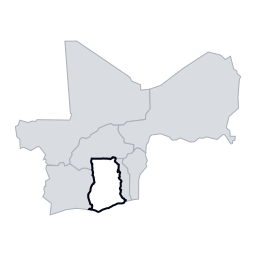 Ghana highlighted among its neighbors
{"feature_id": "GHA", "entity_name": "Ghana", "entity_type": "country or territory", "adm_level": 0, "iso_a3": "GHA", "parent_name": "Africa", "parent_adm1": "", "projection": "orthographic", "projection_center": [-1.079, 7.965], "detail": "fine", "context": "with_neighbors", "style": "outline", "palette": "ink", "viewbox_px": 256, "rotation_deg": 0, "n_neighbors": 6, "source": "natural_earth", "source_scale": "50m", "svg_char_len": 5330}
<svg xmlns="http://www.w3.org/2000/svg" viewBox="0 0 256 256"><path d="M20.3,148.4L19.8,139.3L16.9,136.8L15.4,126.6L18.2,125.1L19.8,120.2L27.9,122.5L32.6,121.0L35.7,121.6L37.0,119.7L69.8,120.1L71.8,114.2L70.4,113.2L64.9,41.2L76.8,41.1L129.8,77.2L131.7,81.1L140.5,84.8L140.7,90.1L149.7,89.2L150.2,108.6L145.9,114.3L145.3,119.5L126.9,121.8L123.8,124.8L113.3,125.2L111.2,123.6L106.6,124.8L98.9,128.3L97.3,131.0L90.9,134.7L89.7,136.9L86.2,138.6L82.2,137.5L79.9,139.5L78.6,145.4L71.9,152.4L72.1,155.3L69.7,158.8L70.2,163.8L64.8,166.1L63.5,162.4L59.6,163.2L58.1,165.6L48.2,164.9L45.7,162.4L46.2,159.9L45.2,158.9L43.4,159.7L45.6,154.7L39.5,146.8L37.9,146.6L30.8,150.6L23.8,147.3L20.3,148.4Z" fill="#d9dde1" stroke="#a8b0b8" stroke-width="1"/><path d="M138.6,199.0L131.6,200.0L129.4,194.2L129.7,174.5L128.0,172.8L127.6,168.6L122.1,163.1L123.1,158.6L126.0,157.6L127.7,153.9L131.8,153.1L136.3,148.0L139.3,147.9L145.8,152.8L145.5,155.6L147.4,160.6L145.8,164.1L146.8,166.4L140.2,174.4L138.7,179.8L138.6,199.0Z" fill="#d9dde1" stroke="#a8b0b8" stroke-width="1"/><path d="M230.4,56.2L233.7,69.0L236.8,71.1L237.2,73.7L240.6,76.4L239.3,80.1L238.0,97.2L238.5,108.2L229.0,116.5L226.3,127.8L229.8,130.8L230.2,136.3L235.3,136.3L234.8,140.3L232.5,140.9L232.4,143.6L230.9,143.9L224.9,134.8L223.0,134.5L217.0,139.5L206.2,136.8L203.9,138.1L199.1,138.0L194.4,141.7L190.2,142.0L180.1,137.9L176.3,140.0L172.1,140.0L168.9,136.8L160.6,133.8L151.7,134.9L149.6,136.8L148.5,141.7L146.2,145.2L145.8,152.8L139.3,147.9L136.3,148.0L133.6,150.5L133.7,144.7L124.1,142.8L123.8,138.7L119.1,133.1L117.9,129.3L118.5,125.2L123.8,124.8L126.9,121.8L145.3,119.5L145.9,114.3L150.2,108.6L149.7,89.2L160.8,85.3L182.9,68.5L208.2,52.0L220.6,55.1L225.4,59.5L230.4,56.2Z" fill="#d9dde1" stroke="#a8b0b8" stroke-width="1"/><path d="M123.1,158.6L122.1,163.1L127.6,168.6L128.0,172.8L129.7,174.5L129.4,194.2L131.6,200.0L124.7,201.9L120.5,193.5L119.8,189.3L121.7,181.6L119.6,178.4L118.7,165.5L115.2,161.1L115.8,158.5L123.1,158.6Z" fill="#d9dde1" stroke="#a8b0b8" stroke-width="1"/><path d="M46.5,165.5L58.1,165.6L59.6,163.2L63.5,162.4L64.8,166.1L70.2,163.8L79.2,170.4L82.1,168.3L86.1,168.0L91.8,170.2L94.0,182.4L90.4,189.5L88.1,199.2L91.8,206.5L91.4,209.9L76.2,208.3L66.1,209.7L50.1,214.9L51.4,203.4L42.8,196.8L44.7,193.0L43.9,188.9L44.4,186.4L45.7,186.4L45.6,181.0L49.6,178.9L45.8,168.4L46.5,165.5Z" fill="#d9dde1" stroke="#a8b0b8" stroke-width="1"/><path d="M70.2,163.8L69.7,158.8L72.1,155.3L71.9,152.4L78.6,145.4L79.9,139.5L82.2,137.5L86.2,138.6L89.7,136.9L90.9,134.7L97.3,131.0L98.9,128.3L106.6,124.8L111.2,123.6L113.3,125.2L118.5,125.2L117.9,129.3L119.1,133.1L123.8,138.7L124.1,142.8L133.7,144.7L133.6,150.5L131.8,153.1L127.7,153.9L126.0,157.6L123.1,158.6L111.9,157.8L109.2,159.2L90.9,158.9L91.8,170.2L86.1,168.0L82.1,168.3L79.2,170.4L70.2,163.8Z" fill="#d9dde1" stroke="#a8b0b8" stroke-width="1"/><path d="M115.0,157.6L115.6,158.1L115.7,158.4L115.5,159.5L115.1,160.3L114.8,161.0L114.9,161.4L115.1,161.8L115.9,162.3L116.4,162.7L116.9,163.3L117.4,163.8L118.4,164.5L118.8,164.7L118.8,164.8L118.7,165.1L118.6,167.8L118.5,168.5L118.4,168.8L118.4,169.8L118.3,170.0L118.1,169.9L117.9,170.0L117.9,170.4L118.5,170.5L118.4,170.7L118.0,170.8L117.8,171.1L117.8,171.5L117.6,171.7L117.7,171.9L117.8,172.1L118.1,172.0L118.8,171.5L119.1,171.5L119.4,171.6L120.1,172.3L120.1,172.6L119.8,173.8L119.6,174.7L119.5,175.9L119.8,176.6L119.8,177.0L119.5,177.3L118.8,177.7L118.9,178.1L119.2,178.7L119.7,179.3L120.9,180.1L121.5,181.2L121.5,181.6L121.1,182.1L120.7,182.4L120.6,183.0L120.8,186.6L119.9,188.1L119.9,188.5L120.0,189.1L120.2,189.4L120.7,189.5L121.1,189.8L120.9,190.8L120.7,192.0L120.7,192.5L120.3,193.0L120.1,193.3L120.2,193.7L120.2,194.1L120.3,194.5L120.8,195.0L121.4,196.3L121.7,196.4L121.8,196.6L121.7,196.9L122.0,197.5L122.7,198.0L123.5,198.5L124.1,198.6L124.2,199.0L124.6,199.6L124.9,199.8L125.4,200.0L125.8,200.1L125.8,200.5L125.1,200.9L124.6,201.4L124.3,202.1L123.8,202.9L122.1,203.4L121.4,203.4L117.9,203.4L114.6,205.0L112.8,205.6L111.6,206.5L110.0,207.2L108.9,208.0L106.7,208.3L102.9,209.6L101.8,210.1L100.6,210.9L98.7,211.9L97.9,211.9L96.4,211.0L95.3,210.5L92.5,209.7L90.5,209.5L89.5,209.1L89.2,209.1L89.4,208.8L90.0,208.7L90.6,208.8L91.1,208.6L91.8,208.6L91.9,208.3L92.0,207.6L92.0,207.1L92.2,206.8L92.3,206.2L92.0,204.7L91.7,204.6L90.5,204.4L90.4,204.1L90.2,203.8L90.0,203.0L89.7,201.9L89.3,200.6L88.5,198.3L88.3,197.5L88.2,196.7L88.2,195.8L88.3,195.4L88.3,194.9L88.2,194.4L88.8,193.3L89.9,191.9L90.2,191.4L90.4,191.0L90.4,190.5L90.6,188.9L91.1,186.9L91.5,186.2L91.7,185.8L92.0,185.1L92.1,184.8L93.1,184.0L93.6,183.8L93.7,183.5L93.5,183.2L93.8,182.9L94.2,182.8L94.5,182.5L94.0,180.0L93.7,177.6L93.7,177.4L93.5,177.1L93.3,176.1L92.9,175.5L92.5,175.3L92.5,174.7L93.0,173.8L93.1,173.3L92.9,173.1L92.8,172.7L93.0,172.0L92.9,171.6L92.8,171.1L92.3,170.1L92.2,169.3L92.5,168.9L92.5,167.9L92.2,166.4L92.2,165.5L92.3,165.1L92.3,164.7L91.9,164.4L91.9,164.0L92.2,163.7L92.1,163.4L91.8,163.3L91.4,162.8L91.1,162.1L91.2,160.9L91.8,158.8L91.8,158.6L92.5,158.6L94.5,158.7L96.9,158.7L99.6,158.7L102.2,158.6L102.3,158.5L102.7,158.4L105.3,158.6L106.8,158.5L107.5,158.6L108.0,158.8L109.1,158.7L109.7,158.7L110.2,159.2L110.3,159.2L110.6,159.0L111.0,158.8L111.5,158.6L111.8,158.1L112.0,157.8L112.3,157.9L112.7,157.9L113.0,157.6L113.1,157.2L115.0,157.6Z" fill="none" stroke="#020617" stroke-width="2"/></svg>